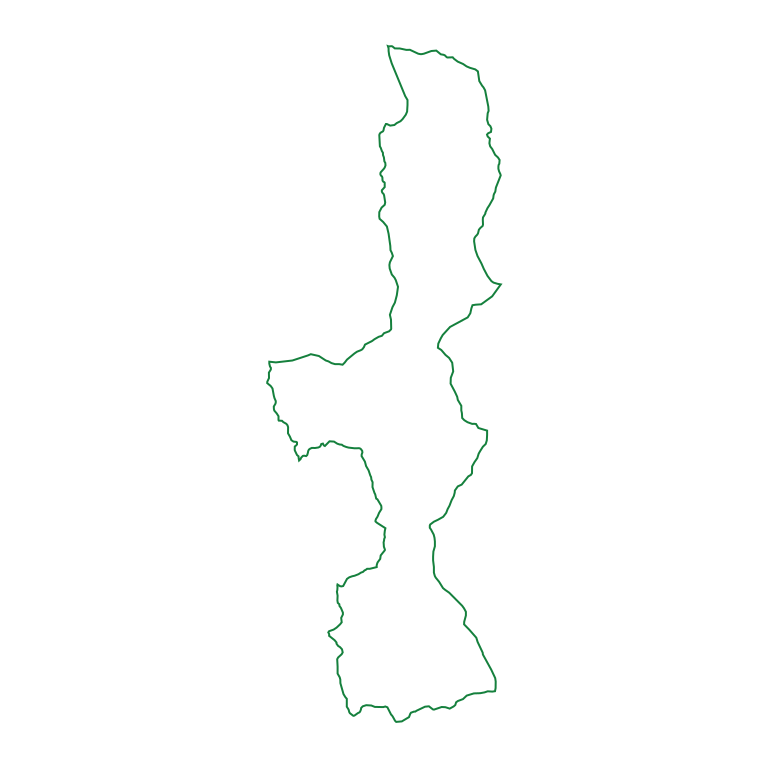 Geling, Chhukha, Bhutan (Mercator projection)
{"feature_id": "84629894B86670310826979", "entity_name": "Geling", "entity_type": "district", "adm_level": 2, "iso_a3": "BTN", "parent_name": "Bhutan", "parent_adm1": "Chhukha", "projection": "mercator", "projection_center": [89.474, 27.025], "detail": "fine", "context": "isolated", "style": "outline", "palette": "green", "viewbox_px": 768, "rotation_deg": 0, "n_neighbors": 0, "source": "geoboundaries", "source_scale": "gbopen_adm2", "svg_char_len": 6091}
<svg xmlns="http://www.w3.org/2000/svg" viewBox="0 0 768 768"><path d="M493.2,198.4L493.6,195.3L494.0,194.0L495.3,191.6L495.9,187.6L500.7,175.4L500.4,174.2L499.1,171.4L498.4,168.8L498.4,166.6L498.6,165.0L499.3,163.7L499.6,160.0L498.0,157.5L495.1,154.8L492.2,149.0L490.2,146.4L489.4,143.3L489.9,138.6L487.7,136.5L487.0,134.6L488.1,133.3L491.0,131.9L491.4,128.7L490.4,126.2L488.4,124.2L487.1,119.8L487.7,113.2L488.6,110.9L488.3,106.6L485.1,90.3L483.5,87.4L482.1,85.7L479.3,81.1L477.9,71.4L475.3,69.4L469.9,67.8L466.6,66.4L463.1,64.0L457.7,61.6L454.0,58.8L452.7,57.3L447.5,57.5L446.7,57.2L444.8,55.3L443.6,54.8L440.8,54.3L436.3,50.6L431.4,51.0L423.9,53.7L421.8,54.1L420.2,54.1L418.2,53.7L409.9,49.8L406.4,49.9L399.9,48.5L394.8,48.4L392.4,46.4L391.4,46.2L388.7,46.4L387.9,46.1L388.6,48.5L388.6,51.0L389.2,55.3L391.7,63.3L405.2,96.1L407.5,100.0L407.5,105.0L407.1,111.6L405.8,114.7L402.6,119.1L400.5,121.2L396.7,123.1L394.4,125.0L390.2,125.6L386.8,124.0L385.9,124.0L384.0,127.8L383.5,130.3L383.0,131.3L380.6,132.7L379.8,133.6L379.3,135.0L379.9,146.4L380.7,147.7L381.9,151.1L382.9,152.7L383.0,155.0L383.9,157.4L384.4,161.4L385.3,162.9L385.5,165.4L384.8,167.3L384.1,168.5L380.8,172.2L380.4,173.1L380.4,174.4L380.9,175.5L382.0,176.5L382.4,177.7L382.5,180.3L382.7,180.9L383.4,181.8L384.3,182.2L384.7,182.8L384.7,187.1L381.9,190.2L381.8,191.1L382.2,192.5L383.7,194.2L384.1,195.4L385.2,202.4L384.7,204.8L381.6,207.6L379.3,212.1L379.2,216.5L379.6,218.8L383.2,222.0L386.9,226.5L388.6,233.8L390.3,245.9L390.5,250.2L391.8,252.8L392.9,256.1L389.9,262.3L389.4,265.0L389.7,268.5L391.8,274.5L394.5,277.7L395.8,280.2L398.0,286.8L396.8,295.3L394.9,302.6L392.5,307.1L389.9,314.8L391.0,319.7L391.2,328.7L391.0,329.4L389.1,331.3L384.0,333.2L381.9,335.8L378.7,336.8L374.5,339.2L372.1,341.0L365.0,344.6L363.9,347.2L362.3,349.3L360.8,350.2L357.0,351.7L354.4,353.5L347.0,359.6L344.7,362.6L342.6,364.7L339.0,364.1L334.9,364.1L331.5,363.1L328.5,361.4L325.8,360.5L318.9,356.0L310.8,354.2L308.0,355.4L292.4,360.5L275.9,362.4L269.3,361.7L269.3,363.6L270.0,366.5L270.9,367.9L270.8,369.6L268.9,372.6L269.0,378.1L267.3,381.7L267.2,383.1L270.8,386.1L272.5,388.5L273.8,395.6L274.5,398.2L275.7,400.9L275.8,402.0L275.5,403.6L273.8,406.5L273.9,409.0L274.3,410.6L276.7,413.4L278.5,416.2L278.5,420.0L278.8,420.6L282.0,420.8L283.3,422.1L286.3,423.8L287.5,425.3L288.1,427.2L288.0,433.3L289.9,436.6L291.4,440.2L293.5,441.6L296.3,441.9L297.0,442.4L297.0,444.4L296.3,445.3L294.8,446.5L294.7,449.5L294.8,450.4L297.0,455.0L298.5,456.3L298.7,458.4L299.1,460.5L300.5,459.2L301.2,457.6L302.9,455.9L304.1,455.7L306.1,456.1L307.2,455.1L307.9,452.7L308.2,451.0L308.9,449.6L310.1,448.7L311.9,447.9L315.0,448.0L318.3,447.5L319.8,446.8L320.7,445.6L321.3,444.0L322.9,443.6L323.8,445.4L324.9,446.0L329.5,441.3L334.0,441.6L337.3,443.7L339.7,444.5L341.8,444.7L343.4,445.9L346.3,447.0L348.6,447.6L354.6,448.3L359.1,448.2L360.1,448.5L361.0,449.2L362.2,450.9L362.4,452.5L361.7,454.4L361.6,456.1L364.9,461.6L366.1,466.1L368.6,470.4L370.3,475.5L371.1,477.1L371.4,479.6L372.6,482.2L372.5,487.1L374.5,493.0L375.2,494.3L376.2,498.6L377.4,499.3L381.2,505.7L381.4,507.0L381.4,509.1L379.1,512.8L377.5,516.7L376.0,519.0L375.5,520.5L375.5,521.5L377.0,522.8L385.4,528.2L384.8,530.9L384.4,534.7L384.9,537.2L384.2,539.0L384.0,540.8L383.6,542.3L383.9,546.7L384.9,549.5L384.8,550.3L380.7,555.4L380.2,558.9L377.6,562.4L377.2,563.5L376.7,565.2L376.7,567.1L369.8,568.8L367.1,568.8L365.4,570.1L364.6,570.3L363.0,571.9L361.0,572.6L358.5,574.2L354.7,575.7L352.1,576.3L349.3,577.3L347.0,578.9L343.2,586.0L341.6,586.4L340.1,586.2L337.5,584.5L337.3,585.3L337.5,587.2L337.3,590.2L336.9,591.7L337.6,595.7L337.4,600.4L337.8,602.9L339.3,604.2L339.5,606.0L340.9,607.9L342.9,612.6L342.9,614.5L341.2,617.9L341.7,622.3L340.1,624.3L336.6,627.6L333.6,629.6L329.1,631.2L328.3,632.4L329.0,633.7L329.3,635.2L329.1,635.8L334.6,640.2L336.5,642.5L336.5,643.7L338.1,645.9L340.1,647.2L342.0,649.3L342.7,652.4L341.7,654.2L338.1,657.5L337.2,659.2L337.6,666.6L337.6,673.6L339.7,677.3L340.3,679.5L340.4,683.2L343.5,694.1L345.4,697.2L346.8,698.8L346.8,706.7L348.6,709.6L349.3,712.2L349.9,713.2L353.3,715.8L354.1,715.7L354.7,715.4L357.9,713.1L359.4,712.4L360.1,711.6L360.9,709.6L361.2,707.9L362.8,706.3L366.2,705.2L371.3,705.5L374.8,706.9L383.2,707.1L385.3,706.5L387.4,707.3L391.1,714.6L392.1,715.6L393.0,717.0L395.0,720.7L396.2,721.9L401.8,721.4L409.0,717.1L410.3,713.7L411.0,712.7L414.0,711.6L415.3,711.6L416.6,710.7L425.0,706.7L428.9,706.3L432.9,709.4L434.0,709.6L441.7,707.0L445.4,707.2L449.7,708.6L453.7,706.4L455.3,705.0L456.1,702.3L457.9,701.0L463.0,699.1L466.7,695.6L473.9,693.4L480.1,693.2L484.5,692.4L487.7,691.3L492.3,691.6L495.0,691.2L495.6,688.1L495.7,681.5L495.2,678.1L491.3,669.8L482.9,654.5L482.7,652.7L477.6,641.9L476.3,637.7L469.2,629.6L464.1,624.4L464.2,621.8L465.9,615.5L465.9,611.8L464.0,608.3L462.2,605.8L449.2,592.7L445.2,589.9L443.0,588.1L439.1,581.8L435.7,577.6L434.8,575.9L433.9,572.6L433.9,567.0L433.1,560.4L433.1,556.7L433.4,551.5L434.9,546.3L434.9,541.5L434.5,537.8L433.7,534.6L431.1,529.7L429.8,527.8L429.8,525.6L430.2,524.5L433.9,521.7L437.9,519.8L443.2,516.8L446.2,512.9L447.6,509.2L449.5,505.7L451.6,500.2L453.8,496.1L454.7,492.7L454.9,490.5L457.8,486.4L461.7,484.6L468.3,476.4L470.9,474.9L472.0,473.2L472.1,466.4L474.5,462.1L477.3,458.1L478.7,453.6L480.2,451.0L482.9,446.7L485.7,444.0L486.8,440.4L487.1,435.1L487.1,430.6L478.4,428.0L476.0,424.0L474.1,423.8L472.2,423.9L467.5,422.2L464.3,420.2L462.2,418.0L461.9,413.1L461.3,410.4L461.3,405.8L457.8,399.9L457.2,396.8L454.8,391.6L450.6,383.7L450.8,377.8L453.2,371.4L452.2,362.7L449.1,357.9L445.5,354.9L441.3,350.0L437.9,347.8L438.3,343.6L440.8,338.3L442.7,335.0L450.1,326.9L467.7,317.4L470.3,313.3L471.4,308.3L472.5,305.2L475.7,304.7L481.2,304.3L492.2,296.3L500.8,284.4L497.5,283.8L493.5,282.6L491.4,281.1L487.5,275.9L483.8,268.9L481.5,263.6L477.5,256.0L475.4,249.9L474.1,241.3L474.3,238.4L475.4,236.6L477.2,234.7L478.0,233.4L478.9,229.7L480.4,227.9L482.6,226.0L483.0,224.6L482.8,219.6L483.0,217.4L484.9,214.4L485.4,213.4L485.4,212.6L487.5,208.1L489.4,205.2L493.2,198.4Z" fill="none" stroke="#15803d" stroke-width="2"/></svg>